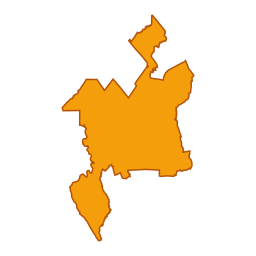 the district of Kota Tebing Tinggi, Sumatera Utara, Indonesia
{"feature_id": "22746128B29639616204280", "entity_name": "Kota Tebing Tinggi", "entity_type": "district", "adm_level": 2, "iso_a3": "IDN", "parent_name": "Indonesia", "parent_adm1": "Sumatera Utara", "projection": "equal_earth", "projection_center": [99.154, 3.328], "detail": "fine", "context": "isolated", "style": "filled", "palette": "amber", "viewbox_px": 256, "rotation_deg": 0, "n_neighbors": 0, "source": "geoboundaries", "source_scale": "gbopen_adm2", "svg_char_len": 5784}
<svg xmlns="http://www.w3.org/2000/svg" viewBox="0 0 256 256"><path d="M165.3,31.1L152.5,15.4L151.8,15.5L151.6,23.3L151.5,24.6L151.2,25.2L150.7,25.5L150.1,25.1L149.5,25.5L149.4,26.2L148.3,26.6L147.8,26.0L147.5,26.4L146.9,26.1L146.0,26.8L146.2,27.7L145.5,27.4L145.6,28.1L145.3,28.8L145.0,28.8L144.8,29.3L144.3,29.3L144.0,29.6L143.0,29.3L142.4,30.1L142.4,30.8L142.3,31.4L141.1,31.5L140.6,32.6L139.7,32.4L139.1,32.8L138.1,32.9L137.4,32.4L134.8,36.6L131.3,41.4L129.8,39.5L128.7,40.7L135.4,48.9L140.8,54.8L144.3,59.0L145.8,61.1L146.2,61.2L147.4,63.1L147.2,65.2L148.2,66.3L147.9,67.1L147.5,67.2L146.8,66.7L145.8,68.4L137.0,80.6L135.0,83.9L136.5,86.0L128.4,97.8L121.1,88.5L113.1,79.1L104.5,90.4L97.0,79.5L86.2,79.4L85.7,80.6L80.5,88.4L80.6,88.7L79.3,89.9L77.9,90.8L78.6,91.7L78.6,92.1L76.8,94.1L75.7,94.2L74.3,95.4L74.2,95.8L73.5,95.8L73.3,96.6L73.1,96.7L72.7,98.5L71.8,98.3L71.4,98.7L70.8,98.8L66.5,102.9L62.2,107.8L63.1,110.7L79.7,110.5L79.7,125.2L81.0,125.1L81.1,125.5L82.5,125.9L84.1,125.3L83.9,125.8L83.9,126.6L84.2,126.8L85.1,126.7L85.3,126.9L85.0,127.1L85.0,127.4L86.2,128.4L85.7,129.2L85.7,130.0L85.3,130.6L85.5,131.1L85.1,131.9L85.9,134.5L86.9,136.5L86.1,138.8L84.0,138.7L83.1,139.5L82.6,140.8L82.7,143.1L83.6,144.9L84.8,146.1L86.4,146.4L87.7,146.0L88.3,146.4L88.4,146.8L88.3,147.4L86.9,149.7L87.2,150.6L88.1,151.2L88.7,152.2L88.8,153.7L89.4,154.2L90.7,154.5L91.4,155.7L91.3,156.7L90.6,157.7L90.4,158.7L90.5,159.7L91.1,160.9L92.5,161.6L93.8,162.6L93.9,163.3L93.5,163.5L92.6,163.4L92.4,162.9L91.9,162.7L91.4,163.0L90.9,164.6L91.0,165.5L92.8,168.4L92.8,169.0L92.3,170.3L92.0,172.2L91.6,173.1L90.8,173.1L89.3,171.5L89.0,170.5L87.9,170.6L87.3,171.0L86.9,171.6L86.8,172.4L87.3,174.6L87.3,175.3L87.1,176.6L86.6,177.1L84.7,175.8L84.5,175.2L83.7,174.9L83.6,174.6L83.0,174.6L82.5,174.1L82.0,174.2L80.4,175.4L80.0,176.0L79.5,178.5L78.0,180.8L77.1,181.3L73.4,182.4L72.6,182.9L71.8,184.9L71.2,185.3L70.8,186.2L69.8,187.0L70.3,189.0L70.5,191.3L71.6,193.3L71.5,194.3L71.9,197.4L74.2,202.0L75.1,202.2L76.1,203.7L76.1,204.1L76.8,205.5L76.7,207.6L77.3,208.7L78.3,209.8L78.4,210.7L78.7,211.2L79.6,211.5L79.8,212.1L79.6,213.8L80.0,214.3L80.7,214.3L81.6,215.7L82.4,215.8L83.1,216.8L83.9,217.0L85.8,220.1L86.1,220.1L86.8,221.0L90.9,228.5L94.6,234.4L95.2,234.9L96.4,237.8L96.9,238.2L98.5,240.6L100.7,240.4L101.5,238.7L100.5,237.3L100.4,236.9L100.6,236.5L100.0,235.2L99.8,234.2L99.4,233.7L99.2,233.1L98.9,232.8L98.9,232.1L99.6,231.2L99.8,230.6L99.8,230.1L99.4,228.7L99.7,227.3L99.9,226.9L101.2,225.9L101.2,225.3L101.7,225.0L102.1,225.1L102.6,225.6L103.1,224.7L102.8,223.9L104.3,220.4L104.2,220.0L104.6,218.6L105.7,218.5L105.7,217.5L105.3,217.3L105.6,216.8L106.0,216.9L106.1,216.3L107.1,216.3L106.9,215.6L107.1,215.4L107.1,214.6L107.5,214.1L108.2,214.2L108.7,212.9L109.5,212.9L109.6,212.6L109.3,212.3L109.6,211.8L109.9,212.0L110.0,211.4L109.9,210.3L110.9,210.1L110.7,209.4L109.7,209.2L109.6,207.8L109.0,207.2L108.8,206.3L109.0,205.9L109.3,205.9L109.2,205.1L108.6,204.3L108.5,203.4L109.4,202.4L108.9,201.1L108.9,199.6L108.0,198.4L107.8,197.1L107.3,196.8L106.6,194.8L104.5,192.5L102.5,188.9L102.1,187.7L102.5,187.7L102.6,187.1L102.0,186.2L102.3,185.7L101.7,185.0L101.8,183.9L100.6,181.3L100.5,180.7L100.1,180.0L100.1,179.4L99.7,179.3L99.7,178.5L100.4,177.5L100.3,177.2L100.4,176.7L101.0,176.6L100.8,174.9L100.9,174.5L101.2,175.2L101.4,174.9L101.2,173.2L101.6,172.9L101.4,172.4L102.6,169.3L103.1,169.9L103.5,170.0L103.6,169.7L105.2,171.0L106.1,169.7L106.5,169.7L108.5,167.5L109.1,166.7L108.8,166.4L109.4,165.8L111.6,164.6L111.9,166.4L113.1,166.4L113.4,166.9L113.0,167.5L113.0,168.1L114.8,175.1L117.4,174.5L118.4,173.6L119.4,173.4L120.4,172.8L122.1,177.5L122.7,178.2L126.1,178.7L127.2,177.7L127.7,177.6L128.3,176.7L129.4,176.4L130.1,176.6L130.2,176.0L129.7,175.0L129.8,174.6L129.0,174.5L129.0,173.9L129.5,173.6L128.2,171.7L127.7,171.7L127.7,170.4L128.2,170.3L145.7,169.4L159.4,170.1L159.4,176.0L159.8,176.0L160.7,176.4L166.8,175.9L173.9,176.3L174.7,175.6L174.8,174.9L176.0,175.2L176.1,174.5L176.0,174.0L176.2,173.8L177.2,170.8L179.1,170.8L180.4,170.0L180.9,171.1L182.9,170.9L183.9,170.4L183.8,170.2L186.4,170.1L188.1,169.3L189.4,168.3L190.3,169.0L191.8,166.4L192.0,164.6L191.7,161.9L191.1,160.5L190.9,159.6L189.2,157.8L189.2,154.8L189.9,154.0L189.4,151.5L189.9,151.3L189.8,151.0L183.1,152.2L183.5,150.4L182.8,147.4L181.2,146.4L181.7,145.6L181.6,143.6L181.4,142.0L180.8,141.0L180.2,137.0L181.2,136.9L177.8,126.7L177.3,126.1L177.3,121.2L176.4,120.8L176.4,120.0L176.2,119.9L175.0,119.7L174.9,118.9L175.5,118.8L176.3,118.0L175.9,116.5L176.6,115.9L176.6,115.3L176.1,114.7L176.8,113.5L176.3,112.7L176.7,111.8L176.6,111.4L175.9,110.7L176.0,110.3L176.3,110.1L176.1,109.5L176.3,108.9L176.1,107.5L177.1,107.2L177.7,106.6L178.4,105.2L179.6,104.8L182.3,103.3L185.0,101.5L185.3,100.6L186.5,99.7L187.0,99.8L187.9,99.2L188.9,96.5L189.1,93.2L190.0,93.0L190.6,92.4L191.0,87.8L191.3,86.4L191.1,81.9L191.5,81.0L192.2,81.1L192.0,77.8L192.4,76.8L193.8,75.7L193.3,74.6L189.6,69.9L188.4,68.0L186.0,61.6L185.4,60.6L184.4,61.6L183.5,62.2L181.7,63.0L167.8,70.5L166.9,71.7L165.7,72.7L164.0,76.3L163.1,80.1L157.8,79.1L150.6,78.2L150.0,76.2L149.9,74.7L150.2,74.7L150.3,73.6L150.7,73.2L150.4,72.1L150.8,71.8L153.0,72.5L153.2,71.9L152.4,69.8L153.7,68.3L153.8,70.5L155.6,70.4L155.6,67.5L156.4,67.3L157.4,67.4L157.3,65.6L156.4,63.7L153.6,59.7L151.2,56.7L151.4,55.1L152.4,53.5L152.5,52.6L153.6,52.1L154.1,51.1L154.2,50.3L153.9,49.6L154.1,48.7L154.1,47.0L156.2,45.8L157.0,46.9L157.3,47.0L157.6,46.3L158.3,46.3L158.8,47.2L159.0,46.9L158.8,45.4L159.3,44.8L159.4,43.7L159.7,43.6L159.6,42.8L160.3,42.5L161.3,42.6L161.6,41.8L162.6,41.9L162.9,41.2L164.1,40.9L164.5,41.3L165.3,41.1L166.2,39.8L166.3,39.1L166.5,38.8L166.0,37.1L164.6,35.9L164.4,35.3L165.3,32.6L164.9,32.2L164.9,31.5L165.3,31.1Z" fill="#f59e0b" stroke="#b45309" stroke-width="1.5"/></svg>